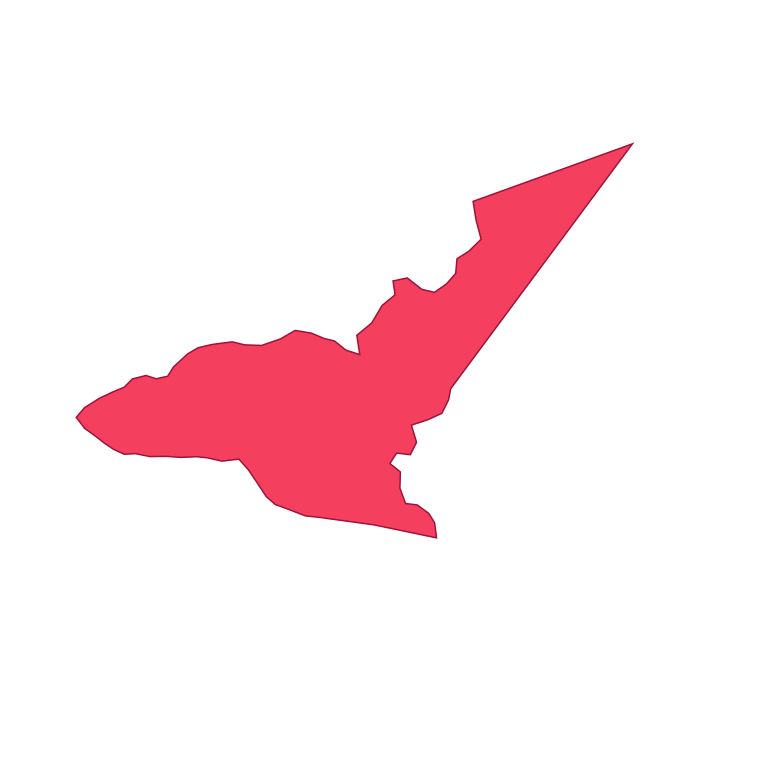 outline of Caldas Brandão, Paraíba, Brazil, rotated 74°
{"feature_id": "56859067B83416177856434", "entity_name": "Caldas Brandão", "entity_type": "district", "adm_level": 2, "iso_a3": "BRA", "parent_name": "Brazil", "parent_adm1": "Paraíba", "projection": "orthographic", "projection_center": [-35.337, -7.114], "detail": "fine", "context": "isolated", "style": "filled", "palette": "rose", "viewbox_px": 768, "rotation_deg": 74, "n_neighbors": 0, "source": "geoboundaries", "source_scale": "gbopen_adm2", "svg_char_len": 1117}
<svg xmlns="http://www.w3.org/2000/svg" viewBox="0 0 768 768"><g transform="rotate(74 384 384)"><path d="M546.4,375.9L531.3,373.6L520.8,376.6L509.4,385.4L504.8,396.2L488.4,397.4L473.1,392.5L462.1,400.3L453.9,390.9L459.2,378.2L449.1,368.8L431.1,369.0L430.4,351.3L428.1,336.4L416.9,326.2L406.9,321.2L262.7,132.7L221.6,79.0L233.0,248.0L251.5,250.3L271.6,250.7L279.9,266.2L283.7,279.3L297.4,284.6L305.0,296.3L309.8,310.3L303.4,321.6L288.5,332.4L287.4,346.9L301.3,348.8L308.0,364.2L321.9,378.9L329.7,396.7L349.1,399.2L340.8,411.4L329.0,419.7L323.7,429.1L315.0,439.9L308.0,454.7L312.1,471.0L313.2,491.0L308.0,507.1L301.6,518.4L298.6,538.4L297.9,552.5L300.9,564.4L309.6,581.7L316.9,589.8L316.2,601.5L310.2,610.5L309.8,624.5L315.5,634.7L316.9,647.1L319.2,661.3L324.2,678.4L331.3,689.0L344.3,683.9L353.6,676.5L364.1,668.9L372.4,661.8L379.9,653.1L382.4,642.2L389.3,628.9L393.6,613.0L398.6,599.4L402.3,584.0L406.4,573.9L413.5,561.0L416.2,544.2L429.2,538.0L446.1,532.5L459.6,528.3L469.7,521.9L476.3,512.9L489.1,495.9L493.9,484.1L503.7,461.8L516.5,432.8L546.4,375.9Z" fill="#f43f5e" stroke="#9f1239" stroke-width="1.5"/></g></svg>